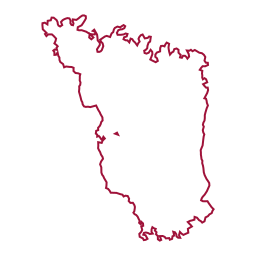 outline of Goioxim, Paraná, Brazil
{"feature_id": "56859067B63744062598217", "entity_name": "Goioxim", "entity_type": "district", "adm_level": 2, "iso_a3": "BRA", "parent_name": "Brazil", "parent_adm1": "Paraná", "projection": "natural_earth1", "projection_center": [-52.013, -25.138], "detail": "fine", "context": "isolated", "style": "outline", "palette": "rose", "viewbox_px": 256, "rotation_deg": 0, "n_neighbors": 0, "source": "geoboundaries", "source_scale": "gbopen_adm2", "svg_char_len": 5115}
<svg xmlns="http://www.w3.org/2000/svg" viewBox="0 0 256 256"><path d="M196.7,51.1L194.8,50.0L192.5,51.2L190.9,49.8L189.4,50.7L186.9,50.5L188.7,54.0L189.1,56.6L187.4,58.6L186.5,57.1L185.0,55.8L183.0,55.8L181.9,57.8L180.0,57.4L180.7,55.0L178.5,52.7L178.5,49.8L176.6,48.5L174.3,49.1L173.4,51.6L171.7,52.6L170.0,54.6L169.2,51.8L168.7,49.1L168.5,47.3L169.1,43.8L166.7,42.6L165.3,44.5L164.5,46.4L162.9,45.8L161.0,46.0L160.2,48.0L160.1,51.4L156.9,52.5L155.4,54.5L155.3,56.8L157.0,58.3L157.8,60.9L155.7,62.2L152.2,60.5L150.3,59.5L151.3,57.1L152.4,54.1L152.2,51.8L150.6,49.8L148.7,52.7L146.5,53.6L144.6,53.0L144.2,50.7L145.8,49.8L147.2,48.3L147.5,45.7L148.6,42.6L150.1,41.6L150.5,38.9L150.8,36.8L149.1,36.5L147.7,37.9L144.8,38.4L142.6,34.5L140.8,35.2L139.2,37.2L138.5,38.9L139.6,41.6L138.3,43.1L137.2,45.4L135.0,42.4L133.5,41.1L132.3,39.2L130.6,38.6L129.3,42.4L127.4,40.3L125.7,40.3L123.5,39.2L124.1,37.3L126.7,36.4L127.5,34.0L125.6,33.5L123.8,34.4L120.8,34.8L117.6,34.8L116.9,32.9L118.3,30.2L120.2,29.5L122.1,29.3L124.3,28.2L125.2,26.2L123.6,25.1L121.7,26.2L120.3,27.3L117.4,26.6L114.9,27.9L113.9,29.4L113.2,32.1L111.6,33.4L110.1,37.0L106.7,35.9L104.9,36.5L103.0,37.8L100.1,39.8L101.3,42.0L102.6,43.3L103.3,46.1L101.8,50.1L100.7,51.3L99.2,51.9L97.5,51.8L97.0,49.3L99.8,45.0L99.8,42.9L97.7,40.4L97.5,38.0L97.1,34.8L95.5,31.9L94.8,34.4L92.6,34.4L89.7,33.9L86.2,31.7L81.7,30.2L79.1,30.3L77.5,29.8L77.8,27.2L81.6,25.3L83.5,22.5L85.0,20.1L85.9,18.4L85.8,16.2L84.1,15.4L82.4,15.5L80.4,16.8L78.5,18.4L76.4,19.9L72.8,19.4L72.7,21.3L73.5,23.4L73.0,25.2L71.5,24.9L70.4,23.2L70.5,20.4L69.4,18.4L67.4,18.1L65.8,18.6L64.3,19.2L62.6,20.2L61.0,22.0L62.2,25.1L60.1,26.5L58.5,25.6L57.8,24.1L57.6,22.2L56.6,20.1L53.7,17.7L51.6,17.6L50.8,20.3L47.7,20.8L47.4,24.4L44.8,22.7L42.5,23.2L42.4,25.0L42.6,27.2L42.8,29.3L44.9,31.3L46.5,32.9L45.0,34.0L46.4,36.1L48.2,34.4L50.0,34.4L51.9,34.4L53.6,35.9L56.1,38.6L55.5,41.1L54.4,43.4L56.5,45.0L57.7,46.3L56.5,47.8L57.0,49.8L54.7,49.5L53.3,50.6L54.4,52.1L54.4,54.9L56.0,54.8L57.6,52.5L58.3,55.8L59.4,57.5L59.5,60.0L60.3,62.0L63.1,64.1L64.1,67.3L66.1,66.5L69.4,66.9L71.6,67.0L73.6,67.8L73.5,71.0L75.5,73.0L78.1,73.3L80.3,74.2L79.8,76.0L79.8,78.6L79.7,80.4L80.5,82.5L80.2,84.9L79.2,86.3L79.3,88.5L79.0,91.7L80.2,95.9L80.8,98.2L81.4,100.6L82.3,102.2L82.7,104.4L84.0,106.4L85.7,106.9L88.0,106.7L90.3,107.1L96.1,105.5L98.3,110.0L99.8,112.4L100.5,114.1L102.4,117.4L102.6,120.5L101.3,121.9L100.6,124.3L99.8,125.9L98.1,127.8L98.2,130.1L96.2,130.8L95.8,133.6L97.2,134.6L97.2,136.6L98.8,136.0L100.0,137.3L100.9,138.8L102.6,140.6L101.7,142.9L98.2,142.2L98.3,145.8L98.1,148.2L99.0,150.2L100.1,152.0L101.0,154.6L102.5,156.9L103.0,158.8L101.1,161.5L100.1,164.3L101.3,167.3L101.4,172.6L102.2,174.8L103.3,176.2L104.1,178.1L105.4,180.3L106.6,182.3L106.4,186.2L106.0,188.0L108.1,188.9L109.7,190.8L110.7,192.7L114.1,192.8L116.5,192.9L120.1,194.1L122.5,194.7L123.6,196.5L125.4,195.7L127.7,196.0L129.1,198.7L128.7,201.0L130.4,202.9L132.9,202.8L134.4,205.2L134.9,206.9L134.7,208.8L134.3,211.3L133.4,212.7L134.5,214.1L136.2,215.0L137.6,216.6L138.6,218.8L139.7,220.9L139.1,222.8L140.8,224.4L141.5,222.0L143.0,223.4L143.2,225.8L141.3,226.6L142.2,229.8L141.3,231.8L139.3,233.9L139.7,236.8L142.9,238.4L143.8,240.1L145.7,239.8L147.5,238.8L146.5,237.0L145.5,235.2L143.3,234.7L144.0,232.9L145.9,232.5L148.0,233.0L149.8,234.0L152.7,233.6L151.5,231.9L151.6,229.3L152.4,227.2L154.0,228.3L155.7,228.9L154.9,230.6L156.5,232.2L156.0,234.2L157.8,236.1L157.9,239.3L159.8,240.6L161.2,239.9L159.8,236.1L162.7,236.0L164.7,236.9L165.8,238.4L169.2,238.1L169.8,239.7L172.1,238.9L172.5,236.3L174.1,235.6L173.8,233.7L173.3,231.8L175.0,232.3L176.3,234.3L176.6,236.5L178.1,237.7L180.2,237.8L179.0,235.1L179.9,231.9L181.4,233.5L183.4,234.9L185.3,234.0L188.3,232.7L187.9,228.8L190.3,227.4L191.9,226.5L190.6,224.9L189.4,223.8L187.8,222.0L190.2,220.8L192.0,220.4L194.4,219.7L194.6,216.9L197.0,217.7L199.1,220.2L200.8,221.1L202.2,222.6L204.5,221.3L205.5,217.4L207.9,216.2L209.4,214.4L211.7,213.1L212.5,210.8L213.6,209.2L211.6,207.2L208.8,203.3L207.5,201.2L204.4,201.3L202.8,201.2L201.1,200.3L201.7,198.4L202.7,196.8L204.7,194.6L206.9,191.2L208.4,187.8L209.4,185.6L209.2,183.0L207.9,180.9L206.5,178.9L204.6,175.0L203.8,172.3L203.4,168.1L203.0,165.8L202.2,163.1L202.4,160.8L201.5,159.1L201.2,156.6L200.9,154.7L200.9,152.6L200.7,150.1L201.7,147.6L202.6,145.5L203.3,139.3L203.7,136.4L204.3,134.4L203.3,132.5L202.8,130.1L203.8,126.7L202.9,124.8L203.4,122.6L204.5,120.6L204.8,118.1L204.8,115.1L205.5,112.3L206.7,108.3L207.9,105.5L206.9,102.9L206.6,100.8L206.0,98.7L204.4,98.3L205.7,95.8L207.2,93.0L208.1,90.1L207.7,87.6L206.2,87.7L204.5,86.0L203.1,84.2L205.6,83.0L207.2,82.3L206.1,79.3L204.5,78.2L202.9,79.3L202.2,77.5L202.3,75.3L202.0,73.5L202.3,70.8L199.8,69.8L201.1,67.9L202.6,66.2L205.1,66.3L208.0,65.0L207.8,62.8L205.9,62.7L204.5,60.7L205.3,57.0L203.9,54.8L201.9,53.2L199.3,52.7L196.7,51.1ZM89.7,33.9L91.8,35.9L93.4,37.5L91.4,39.3L89.2,37.5L89.7,33.9ZM102.6,140.6L102.7,138.3L103.4,136.8L104.8,138.5L102.6,140.6ZM117.0,132.7L118.0,134.7L115.2,133.7L117.0,132.7ZM95.5,31.9L94.2,29.7L92.8,30.9L95.5,31.9Z" fill="none" stroke="#9f1239" stroke-width="2"/></svg>